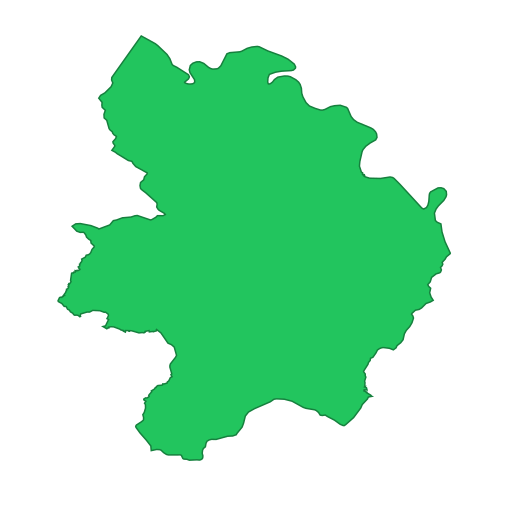 Roldanillo, Valle del Cauca, Colombia (Equal Earth projection), rotated 275°
{"feature_id": "7082276B62857285064431", "entity_name": "Roldanillo", "entity_type": "district", "adm_level": 2, "iso_a3": "COL", "parent_name": "Colombia", "parent_adm1": "Valle del Cauca", "projection": "equal_earth", "projection_center": [-76.188, 4.442], "detail": "fine", "context": "isolated", "style": "filled", "palette": "green", "viewbox_px": 512, "rotation_deg": 275, "n_neighbors": 0, "source": "geoboundaries", "source_scale": "gbopen_adm2", "svg_char_len": 6013}
<svg xmlns="http://www.w3.org/2000/svg" viewBox="0 0 512 512"><g transform="rotate(275 256 256)"><path d="M304.1,437.4L305.4,433.6L307.0,431.6L314.3,430.0L318.5,431.3L321.8,433.3L327.7,438.2L331.5,440.1L333.6,440.5L337.0,439.9L339.5,437.2L340.1,434.4L339.7,431.4L335.2,424.5L333.6,423.5L332.0,423.3L325.4,423.4L321.6,422.8L319.1,421.6L317.4,418.9L318.2,417.0L339.9,393.2L345.3,386.8L346.1,385.3L346.4,382.7L344.1,373.3L343.4,362.4L344.5,357.5L345.0,356.7L345.7,357.1L345.9,356.4L346.5,356.6L346.6,356.0L346.1,355.8L346.4,355.0L348.2,354.9L348.7,353.7L354.5,351.2L359.1,351.2L369.2,352.6L371.3,353.3L374.9,355.8L378.4,359.7L382.1,365.1L384.7,366.2L388.1,365.5L390.2,364.2L392.3,361.9L393.5,359.5L398.1,345.0L400.4,341.3L403.2,338.6L411.0,334.4L412.0,333.1L413.5,326.8L412.6,321.3L411.3,317.2L408.0,311.9L407.1,309.4L407.0,307.6L408.2,302.1L410.1,296.1L413.2,292.4L418.7,288.8L422.1,287.4L427.0,286.6L430.8,285.0L432.9,283.3L435.1,280.3L437.6,274.6L438.0,272.0L437.8,268.6L436.1,262.2L433.4,259.0L430.7,257.3L429.0,255.4L428.4,254.0L428.6,253.2L430.3,252.5L434.5,252.4L438.1,253.5L440.8,259.4L442.4,265.6L443.8,275.1L444.5,277.1L446.5,278.9L447.8,279.0L450.5,277.4L454.8,270.9L457.5,264.1L461.3,250.0L464.7,241.0L464.9,239.0L463.8,233.5L462.1,229.1L458.8,224.0L458.0,222.1L456.3,212.2L454.9,209.4L442.4,204.4L439.6,202.0L439.0,200.4L438.4,196.6L438.8,194.6L439.7,192.4L443.3,187.2L444.6,183.0L444.2,179.7L442.5,176.2L440.1,174.0L435.7,173.3L433.0,174.2L426.3,179.4L423.9,179.8L422.8,179.1L422.0,177.8L421.5,175.1L421.5,173.1L422.1,170.4L422.9,169.7L426.4,173.2L427.8,173.8L428.8,174.0L430.7,172.9L437.1,160.7L438.5,157.1L439.4,155.8L445.0,153.0L449.0,149.8L457.1,139.7L458.7,137.2L465.2,122.5L421.3,96.8L418.8,96.8L415.9,98.3L412.0,96.9L405.3,91.2L402.5,87.2L399.5,85.6L395.6,89.3L392.9,89.3L390.7,89.8L388.0,93.2L383.9,92.2L380.3,92.7L378.2,95.5L370.0,98.6L368.6,99.9L367.3,102.0L366.1,102.4L364.5,103.8L363.0,106.5L360.8,106.0L357.4,103.5L356.1,103.8L353.8,105.7L352.9,105.7L348.7,103.2L347.1,106.9L345.8,108.8L340.0,120.5L339.5,124.1L337.5,125.4L334.6,128.4L329.3,140.4L328.3,140.4L325.2,138.0L322.1,137.5L319.2,134.6L316.1,134.3L313.4,135.0L312.3,136.0L309.4,140.6L300.5,152.5L298.8,153.0L296.2,152.8L294.2,154.2L293.1,155.5L290.5,161.0L289.4,162.0L288.0,159.8L287.6,154.3L285.9,152.9L283.2,149.1L282.7,147.8L286.0,134.2L285.5,131.8L283.9,128.1L282.4,119.6L279.7,113.9L278.8,110.8L274.2,107.6L269.2,97.1L269.9,96.0L271.9,88.9L273.0,78.1L272.3,73.6L269.6,70.2L265.1,75.3L264.2,78.8L264.6,82.0L264.1,82.9L262.0,84.7L260.1,85.5L258.1,88.0L257.1,90.0L254.5,90.6L251.9,93.9L250.9,94.0L248.3,92.1L245.0,91.1L243.5,90.1L242.6,88.8L242.0,86.8L240.0,86.1L237.7,82.6L236.5,83.1L234.8,82.6L234.1,81.8L233.0,81.7L232.5,80.9L230.8,81.3L229.6,79.9L229.2,80.5L228.6,80.4L227.5,81.8L227.1,81.7L225.8,79.8L226.2,79.0L225.5,78.4L225.7,77.1L224.3,77.3L224.0,75.8L223.2,75.7L223.1,74.2L222.7,73.8L215.4,73.4L214.3,74.0L212.3,72.9L212.2,72.0L211.3,72.3L211.0,71.5L209.5,72.1L209.0,71.5L208.2,72.0L207.1,71.4L206.3,70.1L205.3,70.4L204.5,69.8L203.2,69.6L200.8,68.1L200.0,68.7L199.7,67.4L198.9,67.5L198.4,66.3L197.8,66.1L197.9,64.7L197.4,63.9L194.3,62.7L193.4,63.0L191.7,66.8L189.1,69.3L189.1,71.3L186.6,72.9L185.8,74.8L184.2,76.0L183.0,78.5L181.7,79.5L181.2,80.6L181.5,82.3L181.3,84.1L180.1,85.8L180.6,86.5L181.3,86.1L183.0,86.4L185.4,92.5L185.7,95.2L187.6,98.1L187.9,105.3L186.7,109.7L187.0,111.0L185.1,113.9L183.6,114.2L180.6,113.0L179.9,114.7L173.3,112.2L172.4,109.7L170.5,113.7L171.0,113.9L171.6,115.7L172.3,115.4L172.9,117.7L173.0,120.4L171.3,126.6L170.5,128.0L170.2,130.6L169.6,130.4L168.8,132.5L170.4,132.7L170.6,136.0L170.0,136.0L170.0,136.5L170.6,136.6L170.7,138.5L169.2,146.1L169.8,149.3L169.7,151.1L170.6,152.3L171.2,152.1L172.4,155.9L171.1,156.3L171.9,160.1L171.6,160.3L172.8,163.4L173.8,163.6L174.6,162.7L171.1,168.0L161.5,175.9L160.3,179.5L158.1,182.5L150.1,185.5L148.1,184.7L141.0,180.1L139.4,179.8L137.8,179.9L131.2,182.4L130.4,181.6L128.4,182.9L127.4,181.3L124.0,180.0L122.7,178.6L121.7,178.5L120.6,175.9L120.4,174.2L119.6,174.2L119.1,173.4L118.4,169.5L117.2,168.1L116.4,168.0L115.9,167.0L114.6,166.4L112.5,163.5L111.7,164.0L108.5,161.6L107.6,161.3L106.9,161.8L106.1,161.2L105.1,159.8L105.0,158.3L103.7,156.7L102.9,156.8L101.7,159.0L99.6,157.8L98.4,158.8L94.8,159.2L90.4,158.3L88.1,157.1L85.3,158.1L83.2,158.2L82.5,158.0L80.7,156.1L77.2,151.6L75.9,151.0L74.8,151.4L69.7,155.8L62.9,162.9L57.6,167.8L53.0,168.6L54.6,173.8L54.7,177.0L54.3,178.3L52.0,181.2L50.5,184.1L50.2,186.1L51.3,198.1L50.8,199.1L47.9,200.8L47.4,201.9L47.5,204.8L46.8,207.4L47.8,214.9L47.8,217.4L48.2,218.7L49.4,220.2L50.4,220.5L52.3,220.5L54.8,219.6L57.9,219.7L59.7,220.4L61.5,222.2L65.0,222.5L67.2,223.3L68.7,225.4L69.5,227.7L69.8,232.2L74.0,243.4L74.7,248.5L76.3,252.0L77.3,252.3L84.4,257.1L88.5,258.2L95.6,259.3L99.9,262.1L103.8,267.8L112.0,282.9L114.9,286.4L115.5,289.0L115.8,296.7L114.5,304.6L109.3,316.3L108.6,319.1L107.9,327.9L107.3,329.5L105.6,331.9L103.1,333.8L102.9,335.9L103.6,338.9L102.4,341.0L99.3,348.5L95.7,354.5L94.7,357.6L94.7,358.6L95.7,359.9L103.5,367.3L113.7,373.6L117.3,374.8L123.3,379.5L125.3,380.2L126.3,383.7L127.1,381.9L127.1,382.7L127.4,382.4L129.5,378.0L130.0,378.3L131.0,375.3L132.2,375.4L132.2,378.3L134.4,377.5L135.0,375.5L135.7,376.1L135.7,375.7L139.4,375.6L140.8,375.1L144.9,376.0L146.4,375.2L148.0,375.1L149.5,373.7L150.6,373.2L157.9,377.0L159.7,377.3L161.8,378.8L164.1,379.0L165.3,381.3L169.8,383.9L173.0,385.2L174.7,387.4L175.7,389.6L175.9,391.4L175.7,396.9L174.5,401.0L176.7,403.5L179.0,404.3L182.2,407.7L185.4,409.8L191.4,410.6L195.0,412.2L199.1,415.3L203.1,417.2L207.9,418.3L209.9,417.5L211.7,416.0L212.7,416.6L215.9,419.5L217.0,423.2L218.7,425.5L223.5,429.5L225.4,433.7L227.3,436.4L230.4,434.0L234.5,432.2L239.1,432.8L240.8,430.6L242.5,429.6L245.4,431.8L250.0,432.8L253.9,437.0L255.3,440.5L256.2,441.3L258.3,441.9L260.7,440.8L262.4,442.2L264.1,442.8L265.9,442.0L269.2,444.6L271.8,445.8L275.2,449.2L275.8,449.3L286.8,443.0L296.2,439.2L304.1,437.4Z" fill="#22c55e" stroke="#15803d" stroke-width="1.5"/></g></svg>